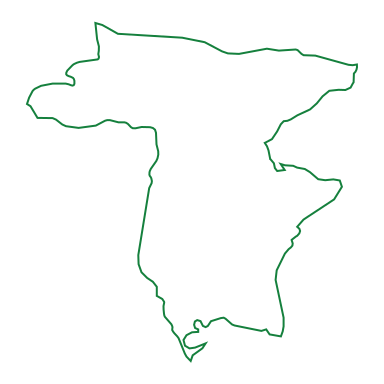 Udine, Robinson projection
{"feature_id": "ITA-5455", "entity_name": "Udine", "entity_type": "Province", "adm_level": 1, "iso_a3": "ITA", "parent_name": "Italy", "parent_adm1": "", "projection": "robinson", "projection_center": [13.121, 46.147], "detail": "fine", "context": "isolated", "style": "outline", "palette": "green", "viewbox_px": 384, "rotation_deg": 0, "n_neighbors": 0, "source": "natural_earth", "source_scale": "10m", "svg_char_len": 2562}
<svg xmlns="http://www.w3.org/2000/svg" viewBox="0 0 384 384"><path d="M95.4,23.0L102.3,25.0L117.9,33.8L182.2,37.7L204.7,42.2L222.1,51.4L227.9,53.4L239.0,53.9L266.9,48.7L278.9,50.6L295.7,49.5L297.6,50.1L301.5,53.9L303.6,55.2L315.3,55.6L348.5,64.8L352.7,65.2L356.9,64.5L357.0,67.2L356.5,69.6L355.5,71.7L353.9,73.5L353.6,82.3L352.8,83.5L350.6,87.6L345.4,90.0L338.6,89.8L329.3,90.8L322.6,96.3L316.8,103.4L310.1,109.4L297.4,115.3L290.8,119.4L287.4,120.8L283.7,121.2L280.8,124.3L277.1,131.5L273.2,137.3L272.0,139.1L264.8,142.9L267.0,146.3L268.5,150.4L270.2,159.0L270.3,159.0L273.9,163.3L274.9,168.1L277.2,171.0L284.7,170.0L280.7,164.0L285.0,165.3L293.2,165.8L297.1,167.6L304.8,169.0L309.9,172.1L318.2,179.2L325.2,180.2L333.3,179.4L337.0,180.0L339.8,180.5L340.8,183.5L341.9,186.8L334.1,199.4L308.3,216.4L303.5,219.6L297.2,226.8L299.4,228.8L300.1,231.0L299.3,233.4L297.2,235.8L295.8,236.6L291.6,239.9L291.6,240.0L292.7,243.4L292.4,245.6L290.9,247.4L288.6,249.2L284.9,253.6L276.7,270.3L275.6,279.9L283.6,317.7L283.6,326.4L282.7,331.4L280.9,336.4L269.6,334.4L266.2,329.4L261.4,330.9L234.6,325.5L232.1,324.5L225.5,318.7L223.7,317.7L220.8,318.1L211.0,321.2L207.8,326.0L205.6,327.1L202.9,325.9L200.5,321.1L197.2,320.1L194.9,321.5L194.1,324.8L195.1,328.0L198.2,329.4L198.2,331.9L192.0,332.3L186.5,335.2L183.5,340.0L185.0,345.7L189.5,348.4L195.1,347.6L205.6,343.4L202.4,348.3L192.7,355.3L190.7,361.0L186.5,356.6L184.8,353.5L178.6,338.2L177.2,336.3L174.4,333.3L173.1,331.6L172.2,330.0L172.4,327.7L172.5,327.2L172.2,326.1L171.4,324.3L164.8,316.7L164.3,315.4L164.0,313.7L163.6,309.7L163.5,306.1L164.2,302.6L164.1,301.8L162.3,299.0L156.8,295.9L156.8,286.8L152.9,281.8L147.1,277.9L141.5,272.3L138.6,264.2L138.3,255.1L149.2,188.1L151.6,183.2L151.9,181.1L151.3,178.3L150.6,176.9L149.8,175.9L149.4,174.7L149.5,172.3L149.8,171.1L150.8,168.9L156.3,161.0L157.5,158.3L158.3,154.6L158.2,151.2L156.5,144.4L156.0,132.8L155.0,129.7L152.9,128.0L150.1,127.2L141.6,127.0L135.4,128.3L132.7,128.2L131.0,127.2L128.0,124.0L126.2,122.8L124.3,122.3L118.4,122.3L109.8,120.1L107.3,120.1L105.1,120.7L95.8,125.6L78.6,127.9L66.0,126.2L62.3,124.5L56.0,119.6L52.6,118.1L37.5,117.9L30.5,106.2L27.0,104.0L29.1,97.7L32.6,91.0L33.7,89.8L35.1,88.7L41.1,85.8L52.6,83.6L65.7,83.6L68.7,84.3L71.2,85.3L72.5,85.6L73.7,85.2L74.4,83.8L74.4,80.8L73.9,79.1L73.0,77.9L70.6,76.7L69.2,76.3L68.0,75.8L66.9,75.2L66.2,74.2L66.3,72.7L67.3,70.6L72.1,65.6L73.5,64.4L74.6,63.8L77.0,62.7L79.7,61.9L97.7,59.4L98.6,58.6L99.0,57.0L98.3,54.1L98.8,50.8L98.9,46.4L97.1,39.3L95.4,23.0Z" fill="none" stroke="#15803d" stroke-width="2"/></svg>